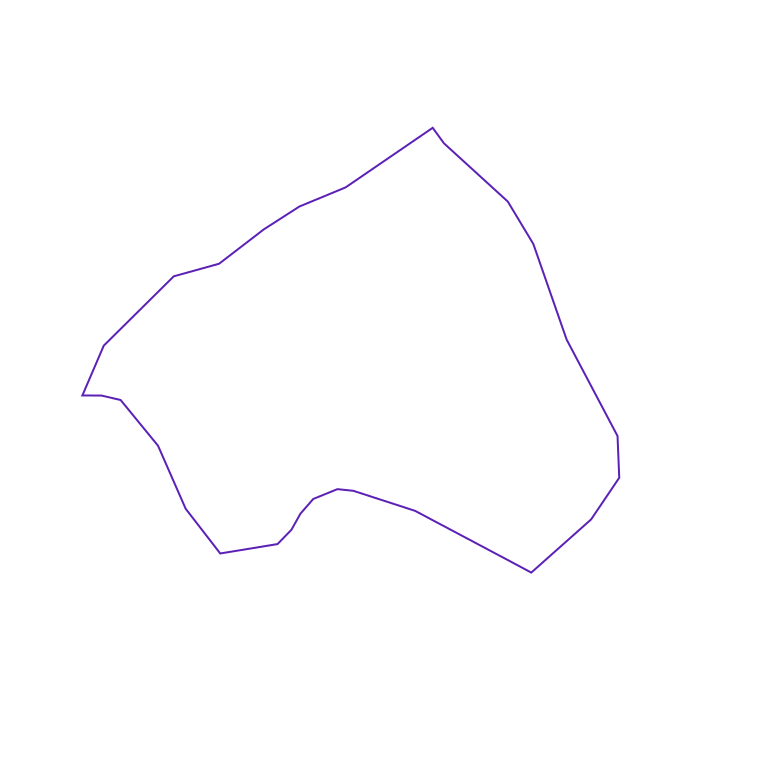 an SVG outline of Rožaje, rotated 37°
{"feature_id": "MNE-1501", "entity_name": "Rožaje", "entity_type": "Municipality", "adm_level": 1, "iso_a3": "MNE", "parent_name": "Montenegro", "parent_adm1": "", "projection": "natural_earth1", "projection_center": [20.185, 42.858], "detail": "fine", "context": "isolated", "style": "outline", "palette": "violet", "viewbox_px": 768, "rotation_deg": 37, "n_neighbors": 0, "source": "natural_earth", "source_scale": "10m", "svg_char_len": 537}
<svg xmlns="http://www.w3.org/2000/svg" viewBox="0 0 768 768"><g transform="rotate(37 384 384)"><path d="M615.1,446.0L573.1,452.6L485.2,466.6L423.7,487.8L410.1,496.0L396.7,518.3L395.3,537.8L397.8,556.2L395.3,575.9L355.2,617.9L300.7,603.0L240.7,569.3L183.3,555.3L165.2,563.3L150.0,574.7L149.8,573.8L137.1,522.0L151.3,424.5L179.9,387.2L195.0,332.7L209.6,293.2L235.0,250.1L268.7,150.1L287.0,155.7L373.1,163.8L419.0,182.3L503.1,238.6L601.8,285.0L628.3,317.3L630.9,367.5L615.1,446.0Z" fill="none" stroke="#5b21b6" stroke-width="2"/></g></svg>